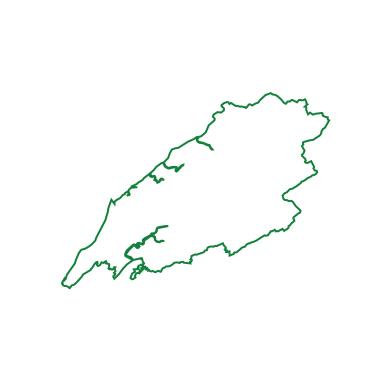 the district of Maungdaw, Rakhine, Myanmar, rotated 70°
{"feature_id": "60261553B63127450973926", "entity_name": "Maungdaw", "entity_type": "district", "adm_level": 2, "iso_a3": "MMR", "parent_name": "Myanmar", "parent_adm1": "Rakhine", "projection": "natural_earth1", "projection_center": [92.495, 20.966], "detail": "fine", "context": "isolated", "style": "outline", "palette": "green", "viewbox_px": 384, "rotation_deg": 70, "n_neighbors": 0, "source": "geoboundaries", "source_scale": "gbopen_adm2", "svg_char_len": 6082}
<svg xmlns="http://www.w3.org/2000/svg" viewBox="0 0 384 384"><g transform="rotate(70 192 192)"><path d="M246.6,96.4L240.7,99.3L235.9,100.6L234.3,101.6L233.7,104.2L232.2,105.4L231.2,107.5L230.1,108.3L226.3,108.1L224.9,105.5L224.7,102.9L222.9,99.4L223.2,96.4L222.4,92.3L220.8,86.8L219.7,85.6L219.9,83.9L219.4,81.2L218.4,78.3L218.3,75.3L217.5,73.2L217.8,71.4L217.3,69.1L216.2,67.6L214.7,67.6L213.9,69.2L211.3,69.8L210.2,68.6L203.8,69.5L204.2,73.4L203.3,75.2L202.2,75.6L201.3,74.4L199.5,74.3L195.8,76.2L194.7,76.1L194.0,74.3L191.7,72.1L186.4,73.0L185.5,71.2L183.5,70.9L183.2,69.9L183.7,63.9L184.4,60.1L182.6,52.6L181.2,50.6L179.3,49.6L177.5,47.2L177.1,45.1L171.6,38.6L171.0,39.3L169.7,39.5L168.3,38.9L167.2,40.8L164.9,43.1L163.2,42.4L162.2,42.8L160.6,49.8L160.7,51.8L157.8,54.0L158.7,56.4L154.0,56.6L151.6,55.7L151.0,55.8L150.4,56.8L149.1,53.5L148.0,54.2L146.4,53.7L143.6,54.1L143.7,56.4L143.1,58.1L142.3,59.1L142.3,60.3L143.6,62.7L140.1,66.0L139.6,66.9L140.4,69.0L139.7,71.2L141.1,73.4L141.0,74.0L139.2,75.3L135.4,76.6L131.2,78.9L129.2,80.6L127.9,82.8L126.0,84.3L126.1,90.0L128.9,96.6L130.6,99.1L130.6,102.5L131.3,105.8L129.6,107.2L129.2,108.6L131.4,112.0L131.3,112.7L130.8,112.7L128.6,116.2L128.1,118.0L126.5,120.0L126.2,121.4L121.6,125.0L122.1,126.7L120.3,127.1L119.5,128.1L119.4,131.1L120.3,134.4L121.3,134.9L124.4,133.4L126.2,134.1L127.3,137.4L125.7,140.7L126.6,145.1L128.3,146.6L130.9,145.6L132.3,146.4L135.1,153.5L140.6,158.6L142.8,164.4L142.5,166.3L144.0,168.7L145.2,169.2L146.9,168.9L149.7,164.6L152.8,161.2L153.8,159.5L156.7,159.2L159.0,158.2L158.8,159.0L158.1,159.4L154.2,160.1L153.0,162.0L149.9,165.0L148.4,168.1L146.4,169.7L144.1,169.5L142.8,167.9L142.3,167.9L142.0,168.5L142.9,172.4L143.4,178.7L145.8,189.6L145.2,192.9L145.2,196.4L147.9,199.5L151.9,202.8L154.5,208.3L158.5,208.1L160.6,206.6L161.4,205.2L161.7,201.8L163.4,197.9L164.6,198.0L166.4,199.4L163.5,193.0L163.4,190.8L164.0,191.1L164.0,192.3L167.4,198.9L167.4,199.7L166.8,200.1L166.0,200.1L164.6,198.7L163.3,199.1L162.5,201.3L162.1,205.6L161.3,206.9L158.8,208.7L155.3,209.2L154.5,209.6L154.3,210.5L156.3,217.3L158.2,220.2L159.8,224.3L161.6,224.9L163.4,224.7L163.9,222.0L164.5,221.4L166.1,221.4L167.8,222.8L168.3,221.3L171.1,221.0L171.0,219.7L169.0,217.2L168.9,216.4L169.0,215.7L171.2,214.1L169.6,216.4L171.4,219.3L171.5,221.4L169.5,221.7L167.8,223.3L165.7,221.8L165.0,221.8L164.5,222.3L164.2,224.6L163.5,225.5L162.8,226.0L160.4,225.8L162.4,232.1L163.8,234.5L165.0,240.2L165.6,241.1L166.1,246.8L166.5,247.1L166.9,246.5L167.7,245.1L168.1,243.0L168.4,242.9L167.2,247.7L168.0,250.0L168.9,251.2L171.7,251.6L172.8,251.3L173.3,251.8L173.2,254.5L172.6,252.4L170.5,251.9L169.5,252.1L170.1,255.3L171.1,256.0L171.0,257.7L173.1,261.6L173.8,266.0L174.6,268.0L176.7,268.9L171.7,270.4L178.3,275.9L182.0,278.0L188.9,283.1L202.2,297.6L204.6,299.5L206.9,304.1L208.0,307.6L208.8,312.3L208.4,315.2L208.7,316.3L210.7,319.2L216.1,324.3L218.9,326.3L226.9,337.8L230.5,340.5L231.6,342.7L231.2,342.8L229.4,340.3L229.2,340.7L233.0,345.3L234.0,345.4L234.3,344.9L235.0,345.2L236.1,344.6L236.8,343.8L237.1,342.6L239.1,340.5L239.7,340.5L240.5,339.8L238.7,337.0L238.7,334.3L237.4,331.1L233.9,324.5L232.2,322.5L230.6,313.9L229.7,313.2L229.3,312.1L226.3,308.1L225.2,305.9L225.3,305.2L225.9,305.6L226.2,305.1L226.9,305.2L228.1,306.3L229.2,305.8L229.5,304.8L229.0,303.0L227.2,301.1L228.5,299.2L227.8,298.2L227.6,296.5L228.2,296.3L229.7,297.2L231.1,294.8L231.7,294.5L234.0,295.8L235.1,295.8L235.4,296.6L236.4,296.1L236.4,294.7L237.5,293.9L237.7,292.9L236.1,290.8L236.5,289.8L237.8,291.0L240.3,291.0L241.3,293.0L242.5,292.1L243.2,292.4L244.2,294.7L244.9,295.0L245.6,294.5L246.9,294.6L244.5,289.2L240.5,283.2L237.7,277.7L236.1,271.7L234.1,272.2L229.5,276.4L228.2,276.4L226.2,275.0L224.5,273.0L221.4,265.4L221.4,264.3L222.5,263.1L225.2,262.5L225.5,261.3L222.3,261.7L221.4,260.8L221.6,259.2L223.9,256.1L222.7,255.0L220.7,254.8L220.0,254.3L219.3,252.3L218.4,245.9L217.1,244.2L217.9,241.2L216.8,239.3L214.1,237.5L213.6,235.8L215.0,228.1L215.9,226.0L214.1,237.1L216.0,238.0L217.5,239.3L218.4,242.3L217.6,244.3L218.7,245.3L220.0,244.0L220.5,242.7L221.3,242.2L224.7,242.8L226.1,242.1L227.7,239.6L227.3,237.3L228.6,234.8L227.7,237.5L228.1,239.7L226.9,241.9L224.9,243.2L221.7,242.9L220.8,243.2L219.1,246.1L220.0,248.2L221.4,253.8L223.5,254.5L224.5,255.6L224.3,256.9L222.8,258.4L221.8,260.4L222.2,261.1L225.1,259.8L226.0,261.2L226.1,262.3L225.6,262.9L221.9,264.5L225.2,271.5L228.0,275.6L229.5,275.3L232.4,271.7L235.8,270.4L236.8,262.7L237.3,262.9L237.4,261.7L241.6,262.2L242.5,261.4L244.2,263.3L243.9,264.2L243.0,264.2L242.8,264.7L243.2,265.4L243.0,267.1L243.4,268.0L244.5,268.8L245.0,268.3L246.2,268.5L244.8,273.1L247.3,272.8L248.3,276.3L251.4,279.0L251.9,279.2L253.4,278.3L253.7,277.3L253.0,274.3L251.4,274.4L249.4,272.2L249.5,270.3L250.5,269.2L249.7,268.3L248.9,268.6L247.8,267.9L249.1,266.6L248.0,266.1L248.1,265.3L246.6,265.6L247.3,264.5L246.0,264.4L245.7,263.9L246.2,261.3L246.7,261.2L246.9,262.3L247.6,262.5L248.9,261.8L247.9,260.9L248.2,260.1L249.3,260.3L249.7,259.7L250.9,260.1L250.7,259.0L252.0,258.5L252.8,257.2L252.7,256.0L254.8,254.0L254.5,250.6L256.2,248.9L256.1,248.2L254.5,246.8L253.5,245.0L253.7,243.6L253.1,241.9L254.1,238.3L253.3,234.7L252.4,233.0L253.1,229.9L254.5,227.8L254.0,226.9L254.6,224.2L255.6,223.9L258.6,217.9L257.1,217.8L257.1,216.4L255.9,215.4L254.9,216.5L253.8,215.2L252.0,214.4L251.7,210.5L252.5,209.2L252.6,201.5L251.4,199.8L251.8,198.0L249.6,196.3L249.4,195.1L249.7,192.6L250.7,190.8L250.6,188.6L251.2,187.3L250.8,180.5L253.2,180.3L255.6,179.3L256.2,179.7L256.8,179.6L257.3,180.9L258.6,180.5L259.0,179.3L260.1,180.4L260.6,179.3L260.6,177.1L264.6,178.4L264.5,174.1L263.4,173.2L263.9,170.5L261.3,163.8L261.5,161.0L260.1,158.9L259.6,156.5L260.1,154.9L259.6,153.6L259.9,151.2L259.6,148.0L257.5,138.6L258.3,137.8L258.7,135.6L255.8,131.2L256.3,130.3L255.8,127.2L257.7,126.7L257.7,125.6L258.4,124.7L257.6,119.6L260.1,118.7L259.5,117.2L259.5,115.6L258.6,113.6L257.1,112.9L256.6,111.0L255.4,109.3L254.2,105.7L252.8,105.5L251.9,105.9L250.5,105.3L248.4,99.0L248.4,97.6L246.6,96.4Z" fill="none" stroke="#15803d" stroke-width="2"/></g></svg>